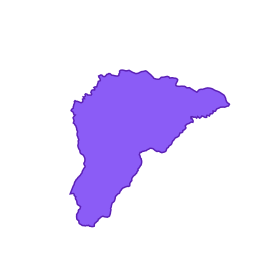 outline of Santa Rosa do Tocantins, Tocantins, Brazil, rotated 143°
{"feature_id": "56859067B11152790911954", "entity_name": "Santa Rosa do Tocantins", "entity_type": "district", "adm_level": 2, "iso_a3": "BRA", "parent_name": "Brazil", "parent_adm1": "Tocantins", "projection": "albers", "projection_center": [-48.09, -11.411], "detail": "fine", "context": "isolated", "style": "filled", "palette": "violet", "viewbox_px": 256, "rotation_deg": 143, "n_neighbors": 0, "source": "geoboundaries", "source_scale": "gbopen_adm2", "svg_char_len": 5677}
<svg xmlns="http://www.w3.org/2000/svg" viewBox="0 0 256 256"><g transform="rotate(143 128 128)"><path d="M31.6,96.6L33.4,101.7L34.3,103.3L35.4,104.9L36.1,106.1L36.8,107.9L37.3,108.9L38.5,110.4L40.3,112.1L41.9,112.9L44.3,113.7L45.2,114.0L46.4,115.0L48.0,115.7L49.3,115.6L50.6,115.2L51.5,115.2L52.4,117.5L52.9,118.4L53.4,120.2L53.9,120.9L54.5,123.1L56.5,124.4L57.1,125.1L57.2,126.2L57.8,127.3L60.1,129.2L61.9,130.3L62.7,131.0L63.7,132.0L64.2,133.1L63.4,134.2L62.6,134.7L60.0,135.9L59.2,136.8L59.4,138.1L60.1,139.2L60.8,139.7L62.4,141.5L64.7,142.9L64.6,144.2L65.5,145.5L66.6,146.1L67.6,146.5L68.5,146.9L69.5,147.5L70.9,148.5L73.1,148.2L74.1,148.4L75.1,149.2L76.1,150.2L76.9,151.3L77.5,152.2L77.4,153.6L77.7,155.8L77.8,157.0L78.2,158.4L78.7,160.8L79.0,162.1L79.5,163.0L80.3,163.4L81.6,163.9L83.3,164.9L85.2,165.3L86.7,165.5L87.7,166.0L88.8,166.6L89.4,167.2L89.7,168.0L90.5,169.1L91.2,170.5L91.6,171.5L92.4,173.4L93.2,173.8L94.6,174.4L95.5,175.1L96.0,175.8L96.9,176.9L97.5,177.5L98.1,178.0L99.3,178.6L100.5,178.5L101.4,177.1L102.6,176.7L103.8,175.5L105.2,175.8L106.3,176.8L107.1,177.7L108.0,178.8L109.2,180.0L109.7,182.3L110.9,183.2L112.0,183.1L112.8,183.6L113.7,183.2L114.6,183.1L115.4,183.0L116.2,183.5L116.9,184.3L117.0,185.8L117.7,186.7L118.8,186.9L120.2,187.2L120.7,186.0L120.6,184.8L120.9,183.6L121.6,182.5L122.8,182.8L123.7,183.1L124.4,182.4L125.4,181.7L126.5,181.0L127.4,180.3L128.3,179.7L129.0,180.3L130.0,180.8L130.9,180.9L130.9,179.3L131.8,178.5L132.7,179.3L133.4,179.7L134.3,179.9L135.3,179.4L136.3,178.7L136.3,177.8L136.7,176.8L137.6,176.5L138.5,177.0L139.3,177.8L140.3,178.5L140.3,179.4L140.7,180.1L141.3,180.8L142.2,180.6L142.5,179.5L143.3,179.0L144.4,179.1L145.0,179.8L145.3,178.8L145.2,177.7L146.2,178.3L147.0,178.4L147.3,177.3L148.4,176.2L149.8,176.2L150.6,176.8L151.2,177.8L151.7,178.7L152.5,179.9L153.4,180.6L153.8,181.7L154.9,181.5L155.2,180.5L156.5,179.6L157.5,179.1L158.2,178.3L159.0,177.9L159.7,176.8L160.8,176.9L162.0,176.7L163.0,176.1L162.8,175.1L162.4,174.2L162.4,173.0L162.9,172.1L163.1,171.0L162.4,170.1L163.5,169.9L164.5,169.7L165.8,169.2L166.0,168.1L166.4,167.3L166.6,166.4L167.3,165.8L168.1,165.4L168.7,164.8L168.3,163.9L168.5,162.6L168.4,161.1L168.9,159.8L169.1,158.8L169.6,158.2L170.1,157.1L170.2,156.0L170.8,155.1L171.9,154.3L172.6,153.4L173.1,152.7L173.3,151.7L173.5,150.9L173.9,150.0L174.0,149.2L174.6,148.0L175.6,147.7L176.0,146.9L176.5,146.1L177.2,145.3L178.4,144.4L179.1,143.2L179.4,142.4L179.7,141.4L179.9,140.0L179.9,139.0L180.7,137.9L181.1,136.7L181.0,135.7L180.6,134.7L180.1,133.5L180.1,132.7L180.2,131.8L180.5,130.5L180.9,129.4L181.4,128.7L182.2,127.7L183.1,127.0L184.1,126.6L184.8,126.0L185.1,124.8L185.2,123.5L185.8,122.7L187.2,122.4L188.2,122.0L189.2,121.5L190.2,121.1L191.0,120.6L191.6,119.9L192.8,119.6L194.0,119.2L194.8,118.8L195.7,118.9L196.5,118.6L197.7,118.6L198.9,118.1L200.0,118.0L200.9,117.8L201.6,117.4L202.4,117.1L203.2,116.8L204.0,116.2L204.9,115.4L205.7,115.0L206.7,114.6L213.8,110.2L213.1,109.8L212.2,109.4L211.0,108.5L210.9,107.4L211.5,106.6L211.4,105.5L211.1,104.5L212.0,104.0L212.6,102.9L212.7,101.4L213.0,100.3L213.5,99.4L213.9,98.6L214.3,97.8L214.3,97.0L213.9,96.0L213.6,95.0L213.2,93.8L214.1,93.0L215.4,92.2L216.6,92.4L217.4,91.9L218.0,91.1L219.2,90.5L220.1,90.2L221.0,89.9L221.6,89.1L222.4,88.2L223.2,86.9L223.7,85.8L223.5,84.7L223.1,83.6L223.9,82.3L224.4,81.1L224.0,79.8L223.5,78.9L223.3,77.9L222.6,77.0L221.6,76.5L221.2,75.6L219.8,75.1L219.0,74.4L217.9,73.9L217.9,72.8L217.2,72.2L216.6,71.4L216.0,70.8L215.2,70.3L214.1,69.9L213.5,70.5L212.9,71.3L211.7,71.9L210.6,71.8L209.5,72.1L208.2,72.0L207.3,72.4L206.4,73.1L205.5,72.8L204.5,73.0L203.1,73.1L202.2,73.0L201.1,72.6L200.4,71.5L199.7,70.7L198.9,70.0L198.2,69.2L197.4,69.1L196.6,68.8L195.6,68.9L194.7,69.6L194.0,70.0L193.3,70.6L192.5,71.5L191.4,72.4L190.6,73.3L190.4,74.1L189.6,74.7L188.9,75.0L188.1,75.9L187.2,76.6L186.4,77.2L185.6,77.7L184.2,77.6L182.8,77.9L181.9,78.5L180.6,79.5L179.6,80.6L178.7,81.0L177.6,81.1L176.6,81.4L175.4,81.4L174.4,81.1L173.6,81.3L172.8,82.0L172.0,82.3L171.1,82.4L170.4,82.8L169.3,83.0L167.9,83.1L166.6,82.7L165.5,82.5L164.4,82.1L163.5,81.7L162.6,80.9L161.4,80.8L160.6,81.7L160.0,82.7L158.8,83.0L158.0,83.7L157.2,83.5L156.4,83.9L155.7,85.1L154.7,85.7L153.6,86.1L152.4,86.4L151.5,86.4L150.4,86.4L149.6,86.7L148.5,86.7L147.5,87.3L146.7,87.8L145.6,87.9L145.0,88.9L144.2,89.4L143.3,89.4L142.4,89.8L141.5,90.0L140.9,90.5L140.0,90.5L139.0,91.2L138.0,92.1L137.4,92.8L136.8,93.7L136.5,94.6L136.0,95.3L136.1,96.3L135.7,97.5L135.2,98.3L135.1,99.8L134.0,100.6L133.0,101.2L132.1,100.6L130.7,100.7L129.3,99.9L128.1,99.6L127.3,99.0L126.4,99.0L125.4,99.0L124.1,98.6L122.9,98.6L122.1,98.2L121.3,97.4L120.5,96.5L120.2,95.3L120.0,94.4L119.8,93.5L119.4,92.7L119.0,91.8L117.9,91.3L117.2,90.6L116.8,89.7L116.4,88.8L115.8,87.9L114.7,87.5L113.6,87.0L112.7,86.8L111.8,86.7L110.7,87.3L109.7,88.1L108.8,88.4L107.5,88.2L106.3,88.9L105.3,88.9L103.8,88.8L102.6,89.1L101.1,90.2L100.2,90.7L99.1,90.7L98.0,91.1L95.9,91.7L94.9,91.2L93.7,91.1L92.5,90.9L91.2,91.6L89.6,92.7L87.7,91.9L86.5,92.0L85.7,93.0L84.1,92.7L83.3,92.8L82.2,92.9L81.5,93.5L81.4,94.4L80.8,95.4L79.2,95.5L78.4,95.6L77.5,95.3L76.7,94.9L73.9,94.7L72.8,93.5L71.9,94.2L71.5,95.0L71.5,96.1L71.1,97.4L71.9,97.6L71.5,98.5L70.8,99.1L69.5,98.1L69.1,97.1L67.6,96.1L67.2,94.6L65.4,95.3L65.2,94.1L64.8,92.7L63.2,92.7L61.8,93.1L61.1,92.3L60.6,91.1L60.1,90.1L58.8,89.2L58.0,90.2L57.3,90.6L56.3,89.6L55.8,88.6L53.7,89.8L52.1,88.7L50.8,89.0L49.8,90.3L49.2,89.4L48.0,88.8L45.9,89.8L44.3,89.5L43.0,89.1L41.7,89.0L39.3,87.4L38.2,86.4L36.7,86.0L35.5,85.7L34.5,85.1L32.7,85.9L32.8,86.8L33.4,88.3L33.4,89.2L33.3,90.1L32.8,91.8L32.2,92.9L31.7,95.1L31.6,96.6Z" fill="#8b5cf6" stroke="#5b21b6" stroke-width="1.5"/></g></svg>